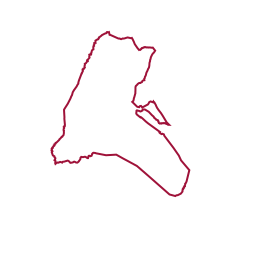 the district of Santiago Yosondúa, Oaxaca, Mexico, rotated 43°
{"feature_id": "50627088B9654355924855", "entity_name": "Santiago Yosondúa", "entity_type": "district", "adm_level": 2, "iso_a3": "MEX", "parent_name": "Mexico", "parent_adm1": "Oaxaca", "projection": "orthographic", "projection_center": [-97.535, 16.847], "detail": "fine", "context": "isolated", "style": "outline", "palette": "rose", "viewbox_px": 256, "rotation_deg": 43, "n_neighbors": 0, "source": "geoboundaries", "source_scale": "gbopen_adm2", "svg_char_len": 5571}
<svg xmlns="http://www.w3.org/2000/svg" viewBox="0 0 256 256"><g transform="rotate(43 128 128)"><path d="M188.9,115.5L184.0,113.5L174.7,111.5L159.8,108.9L158.6,108.2L157.0,108.8L156.8,109.5L155.3,109.9L154.2,109.9L154.1,109.1L139.6,110.9L136.6,111.1L132.6,111.1L130.3,111.2L130.0,111.5L129.8,111.5L129.8,111.8L125.5,112.1L124.4,111.9L124.2,111.8L123.6,111.1L122.9,110.1L122.4,109.5L122.5,109.0L122.9,108.8L123.7,108.4L124.9,107.7L125.6,107.6L126.0,107.2L126.3,106.5L126.6,105.4L126.3,105.1L126.2,104.8L126.2,104.6L126.4,104.2L127.0,103.5L127.9,102.9L132.1,102.0L133.8,102.1L136.8,102.3L138.8,102.2L139.1,102.3L139.4,102.3L139.6,102.5L140.0,102.6L140.4,102.7L140.7,102.7L141.0,102.5L141.4,102.6L142.0,102.5L142.5,102.5L143.0,102.7L143.4,102.4L143.8,102.3L144.0,102.2L144.2,102.3L144.3,102.3L144.5,102.0L144.8,102.1L145.4,102.2L145.6,102.5L145.9,102.5L146.2,102.6L146.3,102.9L146.5,103.0L147.2,103.3L147.7,103.1L148.1,103.1L148.2,102.9L148.5,102.8L148.8,102.4L148.9,101.9L149.6,101.8L149.8,101.3L150.0,100.8L150.1,100.7L150.5,100.5L150.7,100.1L150.8,99.9L151.2,99.9L151.3,99.8L151.4,99.5L151.6,99.3L152.9,99.0L154.0,98.5L154.6,98.4L155.1,98.3L155.9,97.6L152.4,97.5L145.1,95.4L141.9,94.6L138.1,94.0L135.5,93.4L133.4,92.6L132.9,92.3L129.8,91.3L129.6,91.7L128.9,91.6L128.5,91.4L128.6,92.2L126.4,93.2L125.9,94.5L126.4,96.3L126.5,97.2L124.4,103.3L123.6,103.1L123.1,103.0L122.4,103.0L121.7,104.1L122.0,105.1L120.8,105.9L120.1,106.2L113.3,106.0L113.4,104.6L112.9,103.5L112.1,102.4L111.5,101.0L109.6,97.4L108.8,96.7L108.4,96.1L105.5,92.9L105.3,92.3L105.1,92.0L105.2,89.9L105.1,89.4L105.2,88.6L105.5,87.4L106.3,86.7L106.3,86.2L106.7,85.5L106.9,85.0L106.5,84.1L106.5,83.5L106.6,83.0L107.4,81.9L106.3,81.0L106.3,80.3L105.5,79.0L105.2,77.6L104.4,76.1L104.0,75.5L103.6,74.5L103.2,73.0L102.4,71.0L102.1,69.5L101.1,67.9L99.3,65.7L98.5,64.0L97.8,63.2L97.4,62.1L96.5,60.7L95.7,58.2L95.4,56.7L95.5,55.1L95.1,52.9L91.3,52.3L90.5,53.2L89.7,53.7L89.3,54.1L89.0,54.2L88.0,55.3L87.8,55.3L87.6,55.5L87.3,55.7L87.2,55.8L87.1,56.0L86.9,56.1L86.6,56.3L86.4,56.7L85.3,57.1L85.1,57.6L84.7,57.8L84.6,58.1L84.7,58.4L84.6,58.6L84.2,59.1L84.2,59.5L84.0,59.8L83.7,59.9L83.6,60.1L83.6,60.3L83.8,60.6L83.8,61.4L83.5,61.8L83.7,62.3L83.6,62.5L83.6,62.8L83.5,63.2L83.5,63.4L83.7,63.5L80.5,63.1L76.0,62.1L75.4,61.9L73.8,61.1L70.8,59.9L69.4,59.5L69.2,60.1L67.4,61.2L66.0,62.0L65.2,63.3L64.4,64.8L63.6,65.8L63.1,66.1L62.4,67.7L61.7,68.1L60.9,68.2L60.0,69.1L51.5,72.0L51.0,72.4L48.7,70.9L48.6,71.2L47.5,71.9L47.2,72.2L47.2,72.5L47.5,72.7L47.5,73.4L46.8,74.5L46.6,75.0L46.2,76.1L45.8,77.3L45.6,77.7L45.6,78.1L45.6,78.5L45.2,80.9L45.3,81.7L45.4,82.1L45.2,82.1L45.5,82.9L45.4,82.9L45.5,83.5L45.0,84.7L45.0,85.0L44.9,85.1L44.6,86.3L45.6,87.3L45.7,87.6L45.7,87.9L46.1,88.0L45.8,88.5L45.4,89.0L45.6,89.2L46.1,89.4L46.5,90.1L46.4,90.7L46.6,91.0L47.2,91.2L47.1,92.0L47.3,92.3L47.5,92.4L47.7,92.8L48.3,93.4L48.9,93.8L49.1,94.1L48.7,95.1L48.9,96.2L49.2,96.8L50.0,97.9L50.1,98.3L49.9,98.9L50.1,99.2L50.8,99.3L50.9,99.6L50.0,100.3L49.7,100.8L50.6,101.5L51.0,102.3L51.9,102.8L52.0,105.3L51.8,106.1L51.9,106.3L52.5,106.0L53.1,106.6L52.7,107.3L53.0,109.3L52.6,110.5L53.5,111.3L54.0,112.5L55.2,113.2L55.2,114.0L54.9,114.8L55.3,115.1L54.8,116.0L55.0,116.4L55.3,116.7L55.9,116.8L56.1,117.0L56.4,117.8L56.8,119.7L57.1,119.8L57.1,120.3L59.7,126.7L60.0,127.3L60.8,128.8L61.4,129.4L61.5,129.8L61.5,130.4L61.7,131.3L62.1,132.6L62.4,134.9L62.6,136.3L62.6,136.7L63.2,139.5L64.6,142.1L65.0,143.7L65.8,145.7L67.4,151.3L68.4,156.8L68.7,158.2L69.7,159.2L74.2,163.5L75.1,164.6L79.8,168.8L80.1,169.2L80.1,169.5L80.3,169.5L80.5,169.7L80.3,170.3L80.2,170.5L80.3,170.9L80.3,171.1L81.3,171.4L81.5,172.0L81.5,172.4L82.3,173.5L83.0,173.6L83.5,174.4L83.9,174.7L84.7,175.6L85.7,177.2L85.7,178.6L85.9,179.2L85.5,179.6L85.7,181.9L85.5,182.9L85.8,183.6L85.6,187.7L85.2,188.2L85.7,188.9L85.3,190.1L86.0,190.5L86.2,191.1L86.1,191.3L85.9,191.2L85.7,191.5L86.1,191.8L86.0,192.5L86.1,192.9L86.0,193.2L86.0,193.8L86.6,193.9L86.6,194.1L86.3,195.0L86.4,195.5L87.1,195.7L87.6,196.1L87.6,196.5L88.4,196.4L88.7,196.6L88.7,197.7L90.4,198.6L91.3,199.1L91.8,199.3L93.3,198.9L93.6,198.9L94.1,199.5L95.5,199.6L96.0,200.7L96.6,201.2L96.2,201.6L96.3,201.8L97.4,201.6L98.6,202.7L98.6,203.3L99.4,203.7L99.5,202.6L99.6,202.3L99.8,201.6L100.2,201.3L100.3,201.0L100.8,200.8L100.9,200.6L101.0,200.2L101.3,199.6L101.4,199.2L101.6,199.0L103.4,198.2L103.2,197.7L103.3,197.3L104.5,195.8L105.0,194.8L105.5,194.1L105.9,193.2L106.5,192.8L107.4,192.6L109.0,192.7L109.4,192.8L109.7,192.7L110.7,191.4L111.2,190.6L111.3,190.3L111.3,189.9L111.6,189.3L112.5,188.9L113.2,188.8L113.8,188.5L114.6,187.8L114.7,187.1L114.8,186.0L114.7,185.7L114.7,185.4L114.6,185.2L114.6,184.6L114.3,183.1L113.6,182.3L113.5,181.0L115.0,180.0L116.0,178.5L116.2,178.3L117.0,178.0L118.4,177.8L119.0,177.6L119.2,177.4L119.3,177.3L118.4,175.8L118.3,175.2L118.4,174.9L118.6,174.7L119.5,174.2L119.7,174.3L120.3,173.2L119.8,172.0L119.6,171.3L119.4,171.2L119.4,170.7L119.4,170.2L119.6,169.7L120.4,169.1L121.1,168.6L122.1,168.2L122.5,167.9L130.5,162.9L137.6,155.5L145.4,153.6L149.9,152.4L160.4,149.7L173.6,149.2L203.7,148.3L209.0,145.5L209.1,144.8L209.6,143.8L210.2,143.2L210.5,142.4L211.4,140.0L211.2,137.4L210.8,136.8L210.6,136.6L210.3,136.4L210.2,136.1L210.1,135.9L210.1,135.5L209.7,135.4L209.6,135.2L209.6,134.8L209.8,134.3L209.5,134.0L209.4,133.8L209.5,133.6L209.2,133.5L209.1,133.0L209.3,132.6L209.1,132.3L208.9,132.0L209.2,131.7L208.8,131.4L208.7,130.9L208.3,130.3L208.0,129.8L207.8,129.7L207.8,129.3L207.9,129.1L207.6,128.3L207.4,127.4L201.6,117.0L188.9,115.5Z" fill="none" stroke="#9f1239" stroke-width="2"/></g></svg>